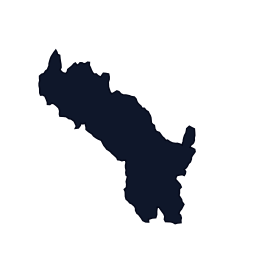 outline of Areias, São Paulo, Brazil, rotated 139°
{"feature_id": "56859067B47873164030304", "entity_name": "Areias", "entity_type": "district", "adm_level": 2, "iso_a3": "BRA", "parent_name": "Brazil", "parent_adm1": "São Paulo", "projection": "natural_earth1", "projection_center": [-44.716, -22.678], "detail": "fine", "context": "isolated", "style": "filled", "palette": "ink", "viewbox_px": 256, "rotation_deg": 139, "n_neighbors": 0, "source": "geoboundaries", "source_scale": "gbopen_adm2", "svg_char_len": 3130}
<svg xmlns="http://www.w3.org/2000/svg" viewBox="0 0 256 256"><g transform="rotate(139 128 128)"><path d="M150.1,21.8L148.5,23.9L146.8,25.1L145.6,27.6L145.7,30.2L143.2,31.4L140.7,31.8L135.9,33.7L135.6,37.0L134.5,38.9L133.8,43.7L131.8,45.2L130.4,46.9L129.1,48.2L126.6,48.4L125.7,51.2L125.7,55.3L125.8,57.9L124.5,59.1L122.2,60.0L119.9,58.7L117.6,57.2L116.7,55.3L114.8,55.9L113.1,57.3L112.7,60.0L110.0,59.8L107.7,60.5L105.7,61.4L103.2,61.5L100.7,62.9L99.2,64.4L97.1,65.1L95.2,65.5L92.9,66.1L91.7,68.1L92.6,70.5L93.9,72.7L91.7,73.9L89.2,73.7L87.6,74.2L86.0,75.2L84.5,77.1L82.5,78.6L80.5,81.1L78.5,83.8L79.5,86.1L80.6,89.1L84.1,89.0L85.8,87.5L87.6,86.2L90.1,85.3L92.4,83.9L94.1,82.6L95.3,81.4L96.9,80.7L98.4,79.5L99.3,81.7L100.7,83.9L102.5,85.4L104.3,87.6L105.4,90.1L106.1,92.9L107.7,93.9L107.4,96.3L107.8,98.8L107.6,100.9L107.3,104.1L108.9,106.9L108.3,109.7L106.4,112.7L107.0,114.5L107.0,116.5L105.6,118.5L104.0,120.7L103.1,122.8L102.7,125.0L102.1,127.0L102.9,129.5L102.7,132.1L104.5,133.8L103.9,136.0L104.2,138.2L104.3,140.2L103.9,142.3L102.9,144.6L102.9,147.2L104.9,149.6L105.7,151.3L107.7,154.0L109.9,156.0L111.0,158.4L111.0,161.4L112.1,163.3L115.9,163.9L117.9,164.5L117.9,166.8L116.9,169.3L115.8,171.8L114.3,173.7L112.8,175.6L110.4,177.0L108.6,179.0L107.2,181.5L109.1,183.9L110.7,185.5L112.7,185.0L115.2,184.3L116.3,187.2L116.5,189.6L118.4,191.1L118.3,193.3L117.7,195.7L116.7,198.5L116.2,200.7L114.1,202.8L115.4,204.2L117.4,204.4L119.2,205.3L119.9,207.3L121.4,208.7L123.2,208.4L125.3,208.7L125.1,211.6L127.0,211.9L128.6,211.6L130.2,211.5L132.7,211.6L135.0,211.7L136.7,210.4L139.0,209.8L140.6,211.7L141.2,213.7L141.2,216.6L138.8,217.6L136.8,220.2L135.5,222.4L133.9,224.9L131.9,227.7L132.9,229.9L131.9,231.8L131.4,234.2L134.3,233.6L137.1,232.8L139.3,232.1L141.4,231.0L143.4,229.7L145.3,228.4L146.7,226.8L148.4,226.0L150.5,224.9L152.8,225.1L155.8,224.2L157.9,225.2L160.7,225.2L162.3,223.3L163.4,221.7L165.7,220.1L167.4,218.1L168.6,215.9L171.6,212.3L172.4,210.2L170.7,208.9L169.8,206.6L170.7,203.6L171.9,200.4L173.3,198.7L171.6,197.0L169.2,196.8L168.0,195.0L167.4,192.1L167.1,188.6L168.3,185.7L170.7,183.4L171.6,181.6L169.1,179.2L167.2,177.1L166.5,173.9L165.0,172.1L164.2,168.5L165.0,165.7L165.7,163.3L168.0,162.3L165.4,160.6L162.6,161.2L160.4,162.3L159.3,160.7L157.2,159.9L159.1,156.1L160.6,154.4L160.1,151.0L159.5,149.0L159.0,147.0L159.2,144.6L158.6,141.9L157.7,139.2L156.2,136.2L157.0,133.1L157.6,130.7L157.7,128.0L157.9,126.0L157.3,124.1L156.7,121.8L156.7,119.6L156.4,117.5L156.1,115.0L155.9,113.0L156.6,110.9L155.1,109.2L154.1,107.3L152.4,106.5L151.0,105.2L152.3,103.0L154.3,101.5L155.8,99.7L157.0,97.5L158.9,95.8L160.3,93.7L160.0,91.8L161.8,90.6L164.5,88.7L165.9,86.4L168.2,84.1L171.1,84.1L171.8,81.8L173.4,79.8L174.9,78.0L176.1,75.5L175.7,72.9L175.8,70.3L174.9,68.4L174.4,64.8L174.8,62.7L176.4,60.7L177.2,57.7L176.7,55.8L177.0,51.5L177.5,48.4L176.3,45.6L174.1,43.5L172.5,45.7L168.8,44.2L165.9,42.1L163.2,43.8L161.0,46.4L159.7,47.6L157.8,49.1L156.5,47.7L156.8,45.5L157.3,39.6L158.2,37.1L160.5,35.2L161.1,32.8L157.4,29.3L156.1,27.5L155.2,24.9L153.1,23.9L150.1,21.8Z" fill="#0f172a" stroke="#020617" stroke-width="1.5"/></g></svg>